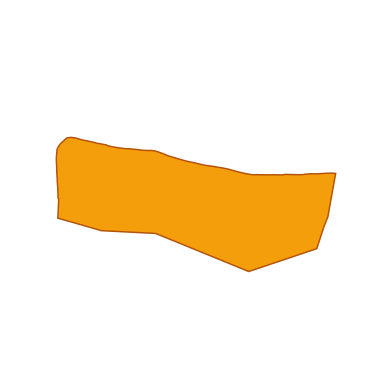 Anse De Sables/Beane Field, Vieux Fort, Saint Lucia, rotated 219°
{"feature_id": "8701671B90786780806365", "entity_name": "Anse De Sables/Beane Field", "entity_type": "district", "adm_level": 2, "iso_a3": "LCA", "parent_name": "Saint Lucia", "parent_adm1": "Vieux Fort", "projection": "robinson", "projection_center": [-60.94, 13.732], "detail": "fine", "context": "isolated", "style": "filled", "palette": "amber", "viewbox_px": 384, "rotation_deg": 219, "n_neighbors": 0, "source": "geoboundaries", "source_scale": "gbopen_adm2", "svg_char_len": 1297}
<svg xmlns="http://www.w3.org/2000/svg" viewBox="0 0 384 384"><g transform="rotate(219 192 192)"><path d="M69.5,254.1L70.7,258.0L92.0,296.8L93.4,295.9L95.6,294.4L97.3,292.9L100.2,290.4L103.4,287.4L108.2,283.2L111.8,280.4L112.2,280.0L114.8,277.4L117.0,275.1L120.7,272.0L125.6,268.2L129.9,265.0L133.6,261.2L137.8,258.1L143.1,253.7L149.5,248.6L152.7,246.2L155.2,243.9L156.6,243.1L160.7,240.7L164.1,238.9L169.5,236.4L172.7,235.0L175.4,233.8L179.7,231.9L185.7,228.6L189.3,226.5L192.1,225.0L195.8,222.7L199.3,220.6L206.0,217.4L210.7,215.1L213.3,213.7L217.8,211.6L222.1,209.7L227.6,207.5L232.4,205.5L234.0,204.9L237.3,204.0L242.3,202.3L245.8,201.0L247.5,200.1L250.0,198.5L251.1,197.5L255.6,194.1L257.7,192.7L260.3,191.1L266.8,186.9L271.5,183.5L279.1,178.8L285.6,175.4L286.6,175.0L288.6,174.5L289.6,173.9L295.2,170.9L296.6,170.0L301.0,168.1L304.6,166.3L308.3,164.3L312.3,162.4L314.9,161.4L316.3,160.8L317.7,159.9L320.0,158.6L321.5,157.2L323.3,155.4L323.8,152.1L324.6,146.6L324.4,143.1L323.7,140.2L321.6,137.1L319.5,133.9L315.8,129.4L313.9,127.4L310.0,122.8L305.4,117.8L302.8,114.8L299.0,110.8L296.2,107.6L292.3,103.0L291.2,102.7L281.1,89.0L279.9,87.2L238.0,105.0L194.2,136.9L97.9,165.9L67.1,214.4L59.4,226.5L62.8,235.4L67.8,248.5L69.5,254.1Z" fill="#f59e0b" stroke="#b45309" stroke-width="1.5"/></g></svg>